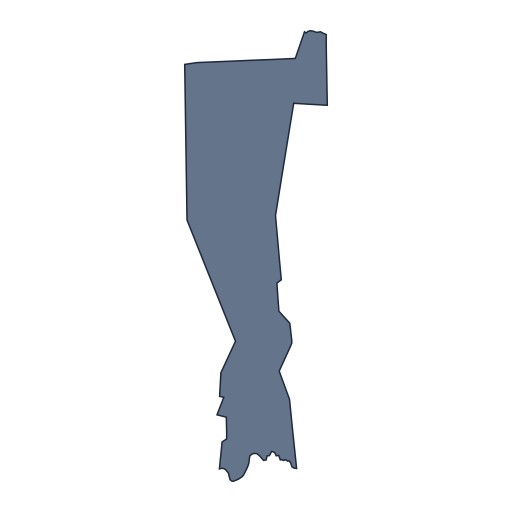 the district of Jurema, Piauí, Brazil
{"feature_id": "56859067B6948842006318", "entity_name": "Jurema", "entity_type": "district", "adm_level": 2, "iso_a3": "BRA", "parent_name": "Brazil", "parent_adm1": "Piauí", "projection": "natural_earth1", "projection_center": [-43.132, -9.058], "detail": "fine", "context": "isolated", "style": "filled", "palette": "slate", "viewbox_px": 512, "rotation_deg": 0, "n_neighbors": 0, "source": "geoboundaries", "source_scale": "gbopen_adm2", "svg_char_len": 1254}
<svg xmlns="http://www.w3.org/2000/svg" viewBox="0 0 512 512"><path d="M281.3,279.8L279.4,259.4L278.6,250.4L275.5,215.6L282.0,175.1L293.7,103.3L327.3,105.3L326.3,50.1L326.2,34.5L324.4,33.7L322.9,33.1L320.6,31.8L318.1,32.2L316.1,32.3L314.2,31.5L312.3,31.0L310.2,30.7L307.8,31.5L306.2,33.0L304.5,31.8L295.3,58.4L274.4,59.4L260.9,59.9L196.9,62.6L184.7,64.4L187.0,220.0L207.9,272.3L214.8,289.5L216.3,293.3L226.1,317.8L230.5,328.8L235.5,341.2L222.0,370.4L220.9,372.7L219.6,396.4L223.8,397.3L217.0,414.8L226.3,417.2L226.7,434.4L226.6,439.0L222.1,441.9L219.4,468.9L221.8,468.3L223.9,468.6L225.5,469.6L228.5,473.2L229.2,476.5L230.1,479.7L231.6,481.0L233.3,481.3L238.4,479.2L242.1,476.7L243.5,475.2L246.9,468.5L248.3,465.0L248.9,462.8L249.5,457.6L250.0,455.7L252.2,454.0L254.5,453.4L257.1,453.7L260.1,456.4L263.5,460.4L266.1,460.0L267.1,455.9L269.4,455.6L271.7,451.4L274.6,452.4L276.2,455.8L278.7,455.4L280.3,459.9L282.0,459.6L283.3,460.5L285.6,459.7L287.6,461.1L289.3,461.0L290.8,463.2L291.3,464.9L292.0,466.9L293.7,468.0L296.6,468.5L292.2,426.3L289.5,399.3L280.3,374.1L279.2,371.1L290.7,345.9L291.8,343.0L291.7,339.8L289.8,323.3L288.5,321.8L283.6,316.4L278.9,311.2L277.6,293.3L276.9,283.1L281.3,279.8Z" fill="#64748b" stroke="#1e293b" stroke-width="1.5"/></svg>